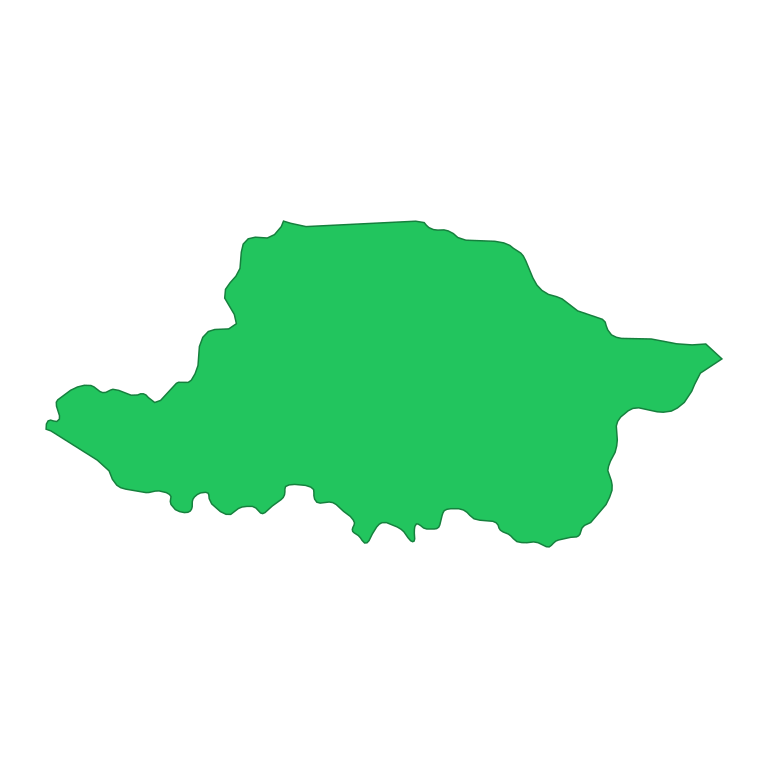 the border of Arad
{"feature_id": "ROU-276", "entity_name": "Arad", "entity_type": "County", "adm_level": 1, "iso_a3": "ROU", "parent_name": "Romania", "parent_adm1": "", "projection": "equal_earth", "projection_center": [21.659, 46.275], "detail": "fine", "context": "isolated", "style": "filled", "palette": "green", "viewbox_px": 768, "rotation_deg": 0, "n_neighbors": 0, "source": "natural_earth", "source_scale": "10m", "svg_char_len": 3292}
<svg xmlns="http://www.w3.org/2000/svg" viewBox="0 0 768 768"><path d="M267.3,238.0L274.5,234.6L281.3,226.6L283.5,221.1L290.7,223.3L306.0,226.6L415.7,221.2L424.2,222.6L426.3,225.2L428.9,227.6L433.5,229.6L437.7,230.1L444.0,229.9L448.2,230.9L453.4,233.6L457.8,237.5L465.9,240.2L494.9,241.3L503.8,242.9L509.8,245.4L513.4,248.3L520.8,253.1L523.3,256.0L525.8,260.9L532.9,278.0L536.9,285.1L541.9,290.4L548.4,294.4L556.7,296.7L562.1,298.9L577.7,310.9L602.4,319.3L605.2,322.1L606.2,325.8L607.8,330.0L611.5,334.9L616.4,337.3L621.5,338.4L651.3,339.0L676.5,343.8L692.1,344.9L705.8,344.0L721.9,358.9L700.4,373.1L694.6,384.4L691.7,391.3L684.3,402.4L677.4,408.0L671.3,411.1L663.3,412.2L657.2,411.8L638.7,407.8L632.9,408.4L628.3,410.7L620.7,417.0L617.7,421.3L616.3,426.0L617.3,440.0L616.7,445.9L615.1,452.3L610.4,461.2L608.5,466.4L607.8,470.6L611.3,480.7L612.1,485.1L612.0,490.3L609.6,497.2L606.0,504.6L590.7,522.5L584.7,525.3L583.5,526.4L581.9,528.2L579.9,534.3L578.5,535.9L576.5,536.9L570.7,537.3L558.5,540.0L555.8,541.1L553.4,543.2L551.4,545.3L549.2,546.9L546.3,546.7L538.1,542.7L533.6,541.9L527.0,542.7L521.8,542.6L516.9,541.6L513.4,538.7L510.9,536.0L508.4,534.1L503.0,531.9L500.4,530.2L499.0,528.1L498.1,525.1L496.2,522.8L492.9,521.3L479.8,520.2L474.0,518.8L469.9,515.4L467.1,512.4L463.5,510.0L458.7,508.7L450.8,508.7L446.9,509.3L444.3,510.6L443.0,512.8L442.1,515.4L439.8,524.9L438.7,527.2L436.7,528.6L434.1,529.0L426.8,529.0L423.6,528.0L420.5,525.5L418.2,524.1L416.4,523.9L414.8,526.5L414.4,529.5L414.3,533.0L414.7,538.9L414.1,541.1L412.7,541.7L410.7,540.8L408.0,537.7L403.9,531.8L401.1,529.3L397.3,527.0L386.5,522.6L381.9,522.7L379.2,524.2L376.7,526.9L372.3,534.0L369.0,540.7L367.0,542.8L364.6,543.0L362.1,540.4L360.4,537.8L358.3,535.5L354.1,532.8L352.7,531.4L352.3,529.5L352.9,527.4L354.0,525.2L354.5,522.8L353.2,519.9L350.3,516.4L343.6,511.4L336.2,504.5L332.8,502.6L329.2,502.0L320.2,503.1L316.8,502.2L314.6,499.1L313.9,495.7L313.9,492.4L313.6,489.5L310.8,487.1L305.6,485.4L294.7,484.4L289.1,484.9L285.6,486.5L284.9,489.0L284.9,491.9L284.5,494.8L283.2,497.5L281.1,499.6L272.4,505.9L265.0,512.6L262.7,513.6L260.6,513.0L255.9,508.0L252.4,506.4L246.8,506.4L242.1,507.0L238.4,508.5L230.7,514.4L226.0,514.3L220.4,511.6L211.7,503.9L209.2,498.7L208.8,494.8L208.0,493.1L205.7,492.3L200.6,492.9L197.3,494.5L194.4,497.0L192.9,499.3L192.3,501.7L192.2,506.7L191.6,509.0L190.3,511.0L187.9,512.3L184.4,512.6L179.6,511.6L175.3,509.6L171.0,504.5L170.3,501.5L171.0,496.6L169.6,494.5L166.3,492.6L159.1,490.9L155.1,491.1L148.9,492.5L146.0,492.6L125.6,489.1L120.7,487.7L116.8,485.2L112.4,479.3L109.1,470.9L97.4,460.2L50.9,430.9L46.1,429.2L46.4,424.0L48.1,420.9L50.6,420.1L53.6,421.0L56.8,421.5L59.4,419.1L59.5,415.7L56.5,406.2L56.3,402.2L57.8,399.8L70.7,390.2L73.7,388.8L77.4,387.0L84.3,385.3L90.9,385.5L94.0,386.9L99.9,391.5L102.6,392.6L105.8,392.4L110.7,390.0L112.9,389.3L118.8,390.4L131.1,395.2L137.6,395.0L140.6,393.8L143.4,393.8L146.0,395.0L148.3,397.5L154.7,402.5L160.6,400.4L176.4,383.3L178.5,382.3L188.2,382.4L191.3,380.2L195.1,373.7L198.0,365.5L199.4,346.5L202.8,337.3L208.3,331.5L214.8,329.5L228.7,328.9L236.4,323.7L234.3,314.4L224.7,298.1L225.5,289.3L230.2,282.6L235.9,276.2L240.0,268.4L241.3,252.2L243.2,244.1L248.2,238.8L255.3,237.2L267.3,238.0Z" fill="#22c55e" stroke="#15803d" stroke-width="1.5"/></svg>